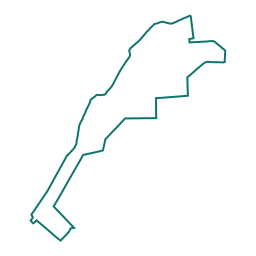 the district of Kupravas pag., Vilakas, Latvia
{"feature_id": "27541924B19263065695150", "entity_name": "Kupravas pag.", "entity_type": "district", "adm_level": 2, "iso_a3": "LVA", "parent_name": "Latvia", "parent_adm1": "Vilakas", "projection": "mercator", "projection_center": [27.487, 57.225], "detail": "fine", "context": "isolated", "style": "outline", "palette": "teal", "viewbox_px": 256, "rotation_deg": 0, "n_neighbors": 0, "source": "geoboundaries", "source_scale": "gbopen_adm2", "svg_char_len": 3180}
<svg xmlns="http://www.w3.org/2000/svg" viewBox="0 0 256 256"><path d="M67.1,155.4L66.7,156.1L64.9,159.4L56.6,174.4L47.4,191.1L32.8,212.6L31.4,214.7L32.5,216.6L32.9,217.4L30.7,220.6L31.0,221.0L33.2,223.3L34.6,222.3L36.3,220.7L36.5,220.5L36.6,220.4L46.2,228.5L55.6,236.7L58.1,238.7L60.6,240.6L64.7,236.3L68.8,232.0L69.0,231.7L69.2,231.3L70.7,228.4L74.0,227.8L64.1,217.4L53.7,206.5L56.6,201.4L59.6,196.4L63.7,189.1L67.8,181.8L71.9,174.7L76.0,167.5L79.6,161.3L83.1,155.0L83.3,155.0L83.5,154.9L91.1,153.2L98.6,151.5L100.8,151.0L102.9,150.4L104.2,144.8L105.4,139.2L111.4,132.9L117.5,126.6L121.3,122.5L125.2,118.4L130.6,118.4L136.1,118.3L139.5,118.3L142.9,118.2L149.5,118.2L156.2,118.1L156.1,108.2L156.0,98.2L163.2,97.7L170.4,97.1L178.5,96.5L186.6,95.8L187.2,95.8L187.9,95.7L187.6,86.5L187.3,77.3L190.0,75.1L192.2,73.3L194.3,71.4L195.7,70.1L197.1,68.9L200.3,66.2L203.5,63.5L204.1,63.1L204.6,62.8L205.4,62.4L206.2,62.1L206.4,62.0L206.6,62.0L207.3,61.9L208.1,61.8L210.7,62.0L213.2,62.2L215.6,62.2L217.9,62.2L220.8,62.3L223.7,62.4L224.2,62.2L224.7,62.1L224.9,57.1L225.2,52.1L225.2,51.5L225.3,50.9L225.3,50.7L225.0,50.4L224.7,50.1L223.8,49.3L222.8,48.5L222.2,48.1L221.7,47.6L220.5,46.6L219.3,45.6L218.5,44.9L217.8,44.3L216.9,43.6L216.1,42.9L215.8,42.6L215.5,42.4L215.2,42.2L214.9,42.0L214.6,41.8L214.4,41.7L214.0,41.5L213.7,41.4L213.4,41.3L213.1,41.2L212.9,41.1L211.4,41.0L207.9,41.4L206.5,41.5L197.0,42.0L189.6,42.4L189.4,41.5L189.3,39.1L193.5,38.2L190.7,15.8L190.7,15.5L190.8,15.4L183.5,18.4L175.5,22.1L173.0,23.2L171.9,23.5L170.9,23.6L170.1,23.5L168.6,23.3L166.7,22.8L164.0,22.0L163.4,21.9L162.7,21.8L162.3,21.8L161.8,21.8L161.0,22.0L160.3,22.2L158.7,22.8L157.6,23.3L156.4,23.5L155.2,23.7L154.8,24.0L154.3,24.2L153.8,24.6L153.4,25.1L151.2,27.2L150.5,27.9L149.9,28.5L149.3,29.2L148.8,29.9L148.1,30.5L147.4,31.1L147.0,31.5L146.9,31.6L146.6,31.9L145.9,32.8L145.1,33.8L144.8,34.2L144.5,34.6L144.1,35.0L143.8,35.4L142.7,36.6L141.7,37.9L140.5,39.2L139.3,40.5L136.4,43.1L133.4,45.7L132.0,46.9L130.5,48.2L130.1,48.9L129.6,49.5L129.5,49.9L129.3,50.4L129.3,50.7L129.3,51.0L129.4,51.5L129.5,52.0L130.0,53.9L130.1,54.8L130.0,55.4L129.9,56.0L129.5,56.8L126.0,61.7L121.9,67.9L119.3,72.2L116.9,76.7L114.3,81.7L113.0,84.3L111.6,86.6L111.3,86.9L111.0,87.2L110.6,87.7L110.2,88.3L107.9,90.7L106.6,92.1L106.3,92.7L106.0,93.2L105.7,93.8L105.4,94.2L105.2,94.4L104.7,94.6L102.7,94.9L101.3,95.0L100.1,95.1L99.5,95.1L98.7,95.0L97.9,94.9L97.7,94.8L97.5,94.7L97.3,94.8L97.0,95.0L96.8,95.1L96.6,95.1L96.4,95.2L96.2,95.2L96.0,95.4L94.8,96.6L94.2,97.1L93.6,97.4L93.3,97.6L92.8,98.1L91.6,99.0L90.8,99.5L90.7,99.7L90.6,100.0L90.4,100.5L90.1,101.9L89.7,103.0L89.2,104.0L88.8,104.9L86.7,109.0L86.5,109.4L86.3,109.9L85.1,113.0L84.0,115.2L83.4,116.4L83.1,116.9L82.9,117.8L82.6,118.8L82.5,119.2L81.0,121.5L80.8,122.0L80.3,123.1L79.7,124.4L79.4,125.3L79.2,126.1L79.0,126.8L78.8,128.3L78.6,129.9L78.1,132.7L77.6,136.8L77.3,138.0L77.0,139.1L76.8,140.1L76.6,142.0L76.5,143.2L76.3,143.8L76.1,144.4L75.6,145.5L75.3,146.0L74.9,146.6L74.7,147.1L74.5,147.5L74.3,147.9L74.1,148.3L73.9,148.6L73.0,149.4L71.7,150.8L70.8,151.8L69.6,153.1L68.6,154.1L67.9,154.9L67.4,155.3L67.1,155.4Z" fill="none" stroke="#0f766e" stroke-width="2"/></svg>